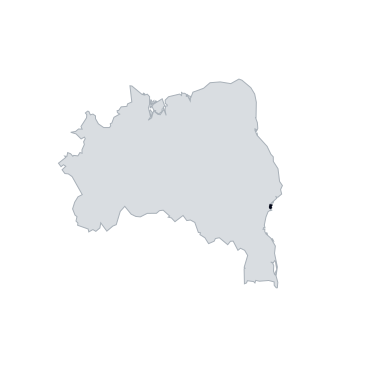 Ubatuba, São Paulo, Brazil (highlighted), rotated 322°
{"feature_id": "56859067B10562260302703", "entity_name": "Ubatuba", "entity_type": "district", "adm_level": 2, "iso_a3": "BRA", "parent_name": "Brazil", "parent_adm1": "São Paulo", "projection": "natural_earth1", "projection_center": [-45.033, -23.396], "detail": "fine", "context": "in_parent", "style": "filled", "palette": "ink", "viewbox_px": 384, "rotation_deg": 322, "n_neighbors": 0, "source": "geoboundaries", "source_scale": "gbopen_adm2", "svg_char_len": 4756}
<svg xmlns="http://www.w3.org/2000/svg" viewBox="0 0 384 384"><g transform="rotate(322 192 192)"><path d="M121.3,90.3L124.3,93.3L128.0,91.9L129.2,93.8L131.3,91.0L136.4,88.3L137.5,85.7L140.8,84.2L141.0,82.5L137.3,81.9L136.4,74.8L133.2,70.3L137.5,72.6L141.4,72.5L144.1,74.8L144.9,72.0L154.6,68.6L156.7,66.3L156.6,64.1L159.5,64.0L160.3,65.0L159.4,68.6L161.9,69.6L162.8,72.6L161.1,74.8L160.2,80.7L162.1,86.9L166.6,90.4L168.6,89.9L169.6,87.9L171.3,88.3L176.5,85.1L183.0,86.1L182.1,83.5L183.1,81.8L184.4,82.6L188.6,81.3L193.4,84.4L195.5,82.9L200.0,84.0L208.5,70.1L209.9,71.5L212.7,84.3L214.2,86.3L217.0,87.4L217.3,90.7L212.5,96.8L209.5,98.9L205.6,107.3L201.7,108.5L205.8,108.7L211.7,104.4L212.9,109.8L214.5,111.5L220.7,109.6L218.8,115.7L221.2,110.8L224.1,108.0L225.5,108.9L226.1,108.0L225.5,105.8L227.4,103.1L232.2,102.5L242.5,107.2L243.2,109.5L244.6,107.9L247.0,109.7L247.7,111.7L246.4,113.1L247.0,113.8L248.3,112.5L248.6,113.8L247.4,115.1L246.6,119.3L248.2,117.6L249.4,114.5L249.6,116.7L254.2,113.9L265.0,117.4L273.5,117.0L282.0,122.6L289.3,130.5L298.5,131.9L300.2,134.7L302.6,146.0L301.7,153.4L298.0,160.8L288.1,173.0L288.0,172.0L286.2,177.6L283.0,182.4L281.6,183.2L280.5,181.0L279.6,182.1L278.2,187.3L279.3,202.3L277.4,210.9L277.7,214.3L274.9,218.0L274.1,226.6L267.5,237.6L267.2,242.6L263.3,244.6L261.4,248.8L256.3,249.0L255.3,247.4L254.9,249.1L247.1,249.6L247.4,251.0L242.5,254.5L239.7,254.4L234.8,257.3L228.6,262.6L227.5,265.1L226.4,264.2L226.0,265.3L224.6,264.8L226.4,266.3L225.0,267.9L224.5,270.7L225.7,276.8L224.4,285.9L219.3,291.1L213.1,303.6L207.2,309.3L207.0,307.4L211.2,305.1L214.9,298.2L214.9,297.0L212.5,297.8L210.9,295.6L211.7,297.7L211.1,300.3L207.5,304.5L206.3,307.8L206.7,309.6L204.0,316.0L200.3,320.0L199.4,319.4L199.3,316.2L201.4,313.4L197.9,308.9L190.2,303.8L187.8,300.9L185.6,302.4L185.4,300.5L181.0,296.0L179.0,297.2L176.8,296.6L185.8,284.6L186.9,284.7L186.7,283.5L196.8,276.3L197.6,270.4L195.6,266.2L192.3,266.2L194.2,256.1L192.0,254.5L187.7,255.5L185.4,244.9L181.8,243.1L179.1,244.4L173.3,242.9L174.0,236.0L172.0,230.5L173.6,229.3L172.1,227.8L175.5,217.7L173.5,213.1L170.3,211.3L170.5,205.0L160.3,204.9L159.8,199.7L157.8,197.2L159.6,197.2L158.1,188.6L154.9,186.7L150.9,186.9L143.6,181.3L136.0,179.8L132.7,176.7L130.4,172.0L130.2,161.9L123.5,163.1L112.2,171.1L108.7,170.1L100.8,170.4L101.1,160.1L97.3,163.6L92.0,163.8L90.8,160.6L86.1,159.9L87.4,157.2L81.4,147.8L83.0,146.2L82.7,143.5L86.2,140.6L85.6,138.2L87.5,131.8L93.3,127.8L99.2,125.6L103.9,126.5L107.0,106.1L105.7,101.6L103.2,99.2L103.3,94.5L108.4,94.0L107.5,91.4L104.4,91.4L104.5,87.1L113.9,87.0L113.8,85.3L115.3,86.9L118.3,84.4L119.9,87.1L120.1,90.5L121.3,90.3ZM215.4,99.1L225.9,100.2L223.4,107.4L221.5,107.5L221.1,108.8L219.6,108.2L217.9,110.0L213.9,110.0L212.5,106.4L213.5,105.5L212.3,104.2L213.1,100.1L215.4,99.1ZM206.4,107.7L208.0,102.6L209.7,101.8L209.6,105.0L206.4,107.7ZM218.3,96.5L217.2,98.5L214.9,98.0L215.2,96.8L218.3,96.5ZM214.7,94.4L214.3,98.4L213.2,97.9L214.7,94.4ZM219.9,99.0L218.4,99.2L217.7,98.9L219.6,97.8L219.9,99.0ZM213.1,99.2L211.5,100.4L210.9,99.8L212.0,98.6L213.1,99.2ZM215.9,95.7L215.2,94.9L216.4,94.1L216.5,94.9L215.9,95.7ZM215.1,85.6L214.2,85.8L214.0,84.4L214.8,84.3L215.1,85.6ZM226.1,280.6L225.7,279.3L226.4,278.2L226.6,278.5L226.1,280.6ZM243.4,254.0L243.6,255.4L242.6,255.1L243.4,254.0ZM225.4,271.6L225.0,270.9L225.7,270.1L225.9,270.4L225.4,271.6ZM248.0,116.7L247.3,118.2L248.0,116.1L248.0,116.7ZM281.0,183.4L279.9,183.8L280.6,182.7L281.0,183.4ZM249.9,250.1L248.8,250.6L248.6,250.3L249.2,249.7L249.9,250.1ZM279.3,186.1L278.9,186.9L278.6,186.4L279.3,186.1ZM245.2,106.6L245.2,107.4L244.9,107.3L245.2,106.6Z" fill="#d9dde1" stroke="#a8b0b8" stroke-width="1"/><path d="M245.7,250.5L245.4,250.6L245.3,250.8L245.2,250.8L245.2,250.7L245.1,250.8L245.0,251.0L244.9,251.2L244.9,251.3L244.8,251.2L244.7,251.2L244.7,251.3L244.7,251.5L244.4,251.5L244.2,251.7L244.2,251.8L244.1,252.0L243.9,252.2L243.7,252.3L243.6,252.5L243.5,252.8L243.6,253.0L243.8,253.0L243.9,252.9L243.8,252.7L244.0,252.6L244.1,252.8L244.1,252.7L244.2,252.8L244.2,252.7L244.1,252.4L244.2,252.5L244.3,252.5L244.5,252.6L244.4,252.5L244.5,252.5L244.5,252.4L244.5,252.5L244.5,252.4L244.6,252.5L244.7,252.4L244.8,252.3L244.8,252.2L244.9,252.3L244.9,252.2L244.7,252.2L244.7,251.9L244.8,251.9L244.8,252.0L244.9,251.9L245.0,251.9L245.2,251.7L245.3,251.7L245.5,251.5L245.5,251.4L245.7,251.5L245.8,251.6L246.0,251.6L245.9,251.7L246.0,251.7L246.3,251.7L246.5,251.6L246.4,251.5L246.4,251.4L246.3,251.2L246.2,251.2L245.9,250.9L246.0,250.9L245.9,250.9L245.7,250.8L245.7,250.7L245.7,250.5ZM244.6,252.7L244.6,252.8L244.8,252.8L244.8,252.7L244.7,252.7L244.6,252.7ZM244.2,253.0L244.2,252.9L244.2,253.0ZM245.9,252.0L245.9,251.9L245.9,252.0L245.9,252.0Z" fill="#0f172a" stroke="#020617" stroke-width="1.5"/></g></svg>